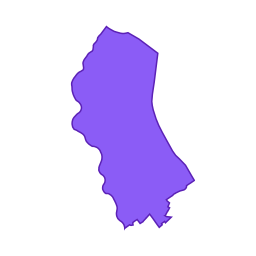 Moerdijk, Noord-Brabant, Netherlands (Mercator projection), rotated 78°
{"feature_id": "6326949B29665837615412", "entity_name": "Moerdijk", "entity_type": "district", "adm_level": 2, "iso_a3": "NLD", "parent_name": "Netherlands", "parent_adm1": "Noord-Brabant", "projection": "mercator", "projection_center": [4.556, 51.663], "detail": "fine", "context": "isolated", "style": "filled", "palette": "violet", "viewbox_px": 256, "rotation_deg": 78, "n_neighbors": 0, "source": "geoboundaries", "source_scale": "gbopen_adm2", "svg_char_len": 5606}
<svg xmlns="http://www.w3.org/2000/svg" viewBox="0 0 256 256"><g transform="rotate(78 128 128)"><path d="M188.1,75.7L176.4,79.5L168.7,84.3L164.7,87.1L159.8,89.2L148.7,92.6L139.4,95.4L131.9,97.4L124.8,98.7L115.5,99.6L110.9,99.6L106.9,99.2L100.0,97.1L88.5,92.8L61.1,83.3L43.3,98.8L34.8,108.2L34.8,109.5L34.8,110.8L34.7,112.2L34.5,113.4L34.1,114.6L33.6,115.9L33.0,117.0L32.4,118.2L31.8,119.3L31.2,120.4L30.5,121.6L28.0,124.5L27.1,125.5L26.2,126.4L25.3,127.2L24.3,128.0L30.7,135.3L31.8,137.2L32.1,137.4L32.5,137.8L32.8,138.2L33.0,138.6L33.3,138.8L33.7,139.0L34.4,139.3L35.2,139.6L35.6,139.9L36.0,140.2L36.4,140.6L36.7,141.0L37.4,141.7L37.5,141.8L37.6,142.0L38.2,143.0L38.6,143.6L39.2,144.2L39.8,144.6L40.1,144.8L41.2,145.0L41.8,145.1L42.1,145.3L44.0,145.9L44.8,146.5L45.1,146.9L45.2,147.0L45.4,147.1L45.5,147.4L45.7,148.2L46.7,150.7L47.0,151.2L47.9,152.2L48.3,152.6L48.5,152.8L49.1,153.3L49.5,153.7L49.7,154.0L49.9,154.2L50.3,154.7L51.2,155.7L51.9,156.5L52.4,156.9L52.9,157.3L53.4,157.6L53.8,157.9L54.3,158.2L55.1,158.5L55.6,158.6L56.1,158.7L56.6,158.6L57.2,158.7L58.5,158.8L59.4,158.8L60.2,159.0L60.7,159.2L61.0,159.2L61.3,159.4L61.7,159.8L62.0,160.1L62.2,160.8L62.8,162.4L62.9,162.9L62.9,163.1L63.2,163.9L63.3,164.4L63.5,164.7L63.7,165.2L64.2,166.0L64.9,167.0L67.1,169.5L67.8,170.4L68.4,170.9L68.6,171.1L69.2,171.7L69.5,171.9L69.9,172.2L70.7,172.8L71.1,173.0L71.6,173.4L72.5,173.8L73.0,173.9L73.4,174.0L74.5,174.2L74.8,174.1L75.8,174.2L77.2,174.4L78.8,174.7L79.8,174.8L80.6,174.8L81.0,174.8L82.4,174.7L83.8,174.6L85.4,174.3L86.2,174.1L86.8,174.0L88.3,173.5L89.2,173.3L89.6,173.1L90.1,172.9L90.4,172.6L90.7,172.4L91.1,172.0L91.8,171.3L92.4,170.8L92.8,170.5L93.8,170.0L94.5,169.7L95.0,169.5L95.6,169.3L95.9,169.3L96.6,169.2L97.0,169.1L97.5,169.2L97.9,169.2L98.5,169.3L98.9,169.4L99.5,169.6L100.4,170.1L100.7,170.3L101.3,170.7L101.8,171.2L102.1,171.6L102.5,172.1L102.8,172.6L103.0,173.0L103.2,173.6L103.5,174.3L103.9,175.1L104.0,175.2L104.4,175.8L106.4,178.6L106.9,179.1L107.5,179.7L108.2,180.2L108.5,180.4L108.9,180.6L109.7,181.0L110.4,181.3L111.4,181.6L112.2,181.8L112.8,181.9L115.0,181.9L115.6,181.9L115.8,181.8L116.3,181.6L116.5,181.6L116.8,181.4L117.7,181.1L118.0,181.0L118.1,180.8L118.4,180.5L118.5,180.3L118.6,180.1L118.8,179.8L119.0,179.5L119.6,178.7L120.1,178.1L120.5,177.8L121.2,177.0L122.5,175.4L123.6,174.3L124.0,173.9L124.5,173.5L125.0,173.1L125.6,172.8L125.9,172.6L126.4,172.4L127.1,172.2L127.7,172.1L128.4,172.0L130.3,171.9L131.0,171.8L131.5,171.7L132.4,171.5L133.0,171.2L133.9,170.7L134.7,170.2L135.0,170.0L135.4,169.8L136.0,169.2L136.6,168.7L137.2,168.1L138.0,167.3L138.3,167.0L138.4,166.8L138.5,166.7L138.7,165.8L139.0,165.0L139.2,164.5L139.7,163.7L140.4,162.6L140.8,162.2L141.2,161.7L141.6,161.5L142.2,161.1L142.8,160.7L143.3,160.4L143.8,160.2L144.4,160.1L144.6,160.0L144.7,159.9L144.9,159.9L145.7,159.8L147.3,159.4L147.9,159.3L148.9,159.2L149.8,159.3L150.3,159.3L151.2,159.5L152.0,159.7L152.6,159.9L153.1,160.0L153.4,160.2L154.0,160.5L154.6,160.8L155.2,161.2L157.6,162.8L157.8,162.9L157.9,163.0L158.2,163.2L159.2,163.9L159.8,164.2L160.3,164.5L160.8,164.7L162.2,165.0L162.6,165.2L162.8,165.2L163.1,165.3L163.4,165.3L163.8,165.3L164.1,165.2L165.4,164.9L165.8,164.8L166.2,164.6L167.0,164.2L167.3,164.0L167.9,163.5L168.6,162.8L169.1,162.3L170.0,161.8L170.9,161.4L172.0,161.1L173.0,161.1L173.8,161.1L174.6,161.3L175.5,161.6L176.2,161.9L177.2,162.6L177.7,163.1L178.1,163.5L178.4,163.8L179.0,164.3L179.6,164.7L180.1,164.9L180.5,165.0L181.3,165.3L181.5,165.3L182.5,165.5L183.1,165.4L183.6,165.3L185.0,164.9L185.3,164.8L185.9,164.5L186.3,164.2L186.5,164.1L187.0,163.8L187.1,163.6L187.5,163.2L187.6,162.7L187.9,161.4L188.0,161.1L188.1,160.9L188.3,160.5L188.5,160.3L188.9,159.9L189.1,159.6L189.3,159.5L190.3,158.5L190.8,158.2L191.3,157.9L191.9,157.5L192.4,157.3L193.0,157.1L194.6,156.7L196.7,156.1L199.3,155.5L200.0,155.4L201.4,155.2L202.2,155.1L202.7,155.1L203.1,155.1L203.8,155.2L204.1,155.2L204.7,155.4L205.4,155.6L205.8,155.8L208.1,156.7L208.5,156.9L209.3,157.1L210.1,157.2L210.6,157.3L211.0,157.3L211.5,157.3L212.0,157.3L212.5,157.2L213.0,157.1L213.5,157.0L214.3,156.8L214.8,156.6L215.5,156.1L216.2,155.7L217.1,155.0L218.1,154.0L218.7,153.6L219.1,153.2L219.8,152.9L220.4,152.6L221.1,152.3L221.9,152.1L222.7,152.0L224.1,151.9L224.3,151.9L224.7,151.9L225.2,152.0L225.1,151.9L225.2,151.7L225.3,151.7L224.4,149.7L223.6,147.9L223.3,147.2L223.2,147.0L223.2,146.9L223.0,146.6L223.7,145.7L223.9,145.0L223.9,143.2L223.4,143.2L223.2,143.2L222.7,143.2L222.4,143.1L221.9,143.0L221.4,142.8L220.5,140.9L220.4,140.7L219.9,139.3L219.4,138.1L222.8,136.5L223.9,136.0L222.7,132.7L222.4,132.5L222.3,132.4L220.2,129.4L219.9,129.0L219.8,128.8L219.7,128.8L219.7,128.7L217.1,125.2L216.9,124.8L216.8,124.7L221.1,122.7L222.5,122.1L223.5,121.7L224.8,121.1L225.9,120.7L227.4,120.0L228.4,119.6L229.9,118.9L231.7,118.1L229.8,114.7L228.5,115.1L227.0,111.7L228.5,111.1L227.8,110.0L226.6,108.0L224.2,104.2L223.6,106.0L222.8,108.4L222.8,108.5L222.7,108.7L222.3,109.3L221.5,110.0L221.5,109.9L221.3,109.7L221.1,109.5L217.5,106.5L217.6,106.4L215.9,104.9L215.4,104.6L214.7,103.9L214.4,104.2L213.4,105.4L209.9,103.0L207.6,104.8L206.3,105.3L206.1,105.4L205.9,104.9L205.2,103.3L203.6,99.3L203.3,98.4L202.7,97.7L202.4,97.2L202.2,96.9L201.7,95.5L201.8,95.4L201.4,94.5L201.2,93.6L200.8,92.0L200.4,90.3L200.3,88.7L200.2,86.9L200.2,86.6L200.2,86.4L200.1,86.1L200.1,85.9L199.9,85.4L199.7,85.0L199.6,84.8L199.3,84.3L199.1,84.0L199.0,83.9L198.5,83.6L198.3,83.3L198.0,83.2L197.6,83.0L197.1,82.8L196.5,82.7L196.2,81.8L195.9,81.2L195.8,80.9L194.8,78.2L193.1,74.1L192.8,74.1L188.1,75.7Z" fill="#8b5cf6" stroke="#5b21b6" stroke-width="1.5"/></g></svg>